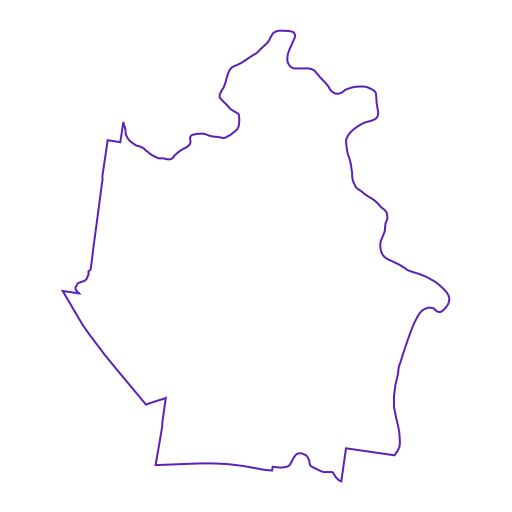 Maribyrnong, Victoria, Australia
{"feature_id": "25037944B56618295646151", "entity_name": "Maribyrnong", "entity_type": "district", "adm_level": 2, "iso_a3": "AUS", "parent_name": "Australia", "parent_adm1": "Victoria", "projection": "orthographic", "projection_center": [144.879, -37.791], "detail": "fine", "context": "isolated", "style": "outline", "palette": "violet", "viewbox_px": 512, "rotation_deg": 0, "n_neighbors": 0, "source": "geoboundaries", "source_scale": "gbopen_adm2", "svg_char_len": 5978}
<svg xmlns="http://www.w3.org/2000/svg" viewBox="0 0 512 512"><path d="M146.0,404.6L147.8,403.9L157.3,400.7L162.8,399.1L165.8,397.9L162.4,422.1L162.2,426.7L159.0,445.6L157.7,452.8L155.8,463.9L155.6,465.1L179.1,464.2L198.0,463.5L205.1,463.4L211.7,463.4L221.4,463.8L226.1,464.0L230.4,464.4L240.9,465.7L243.9,466.1L263.6,469.7L267.0,470.1L270.3,470.4L272.1,470.5L272.7,466.8L279.2,467.5L280.3,467.6L281.4,467.6L282.2,467.5L285.9,466.9L287.4,466.5L288.2,466.2L288.9,465.7L289.5,465.1L290.3,463.9L291.6,461.6L293.4,458.1L295.5,455.2L296.7,454.2L297.5,453.7L299.0,453.3L301.1,453.3L302.3,453.6L303.7,454.2L305.8,455.2L306.6,455.9L307.3,456.7L309.0,460.1L309.3,461.2L309.8,464.3L310.1,465.1L311.5,466.5L314.3,468.0L317.8,469.6L321.0,471.2L323.5,472.0L324.7,472.1L325.7,472.1L327.8,472.0L328.7,472.1L330.9,472.0L332.1,472.1L332.7,472.6L333.3,473.0L334.9,475.8L335.8,477.2L337.1,478.6L338.5,479.9L339.7,480.8L341.3,481.3L346.0,448.3L394.5,455.3L397.4,451.2L399.4,447.1L399.9,443.4L399.7,438.1L399.2,431.6L397.9,425.1L395.9,416.7L394.0,407.2L394.0,400.5L394.0,395.8L394.6,391.2L395.3,385.6L397.3,376.8L397.9,374.5L398.2,372.4L398.3,370.6L398.6,368.4L398.9,366.4L400.3,362.8L402.7,354.9L405.1,347.8L407.9,339.5L411.3,330.2L413.1,325.6L414.8,321.8L417.3,317.1L418.8,314.4L420.2,312.6L421.7,311.0L423.6,309.6L425.3,308.7L427.1,308.1L428.9,307.7L430.6,307.7L432.4,308.0L434.2,308.8L435.6,310.3L437.2,311.5L438.9,312.0L440.8,311.9L442.1,311.1L444.2,309.3L446.2,307.0L447.9,304.6L448.7,302.5L449.3,300.0L449.2,297.8L448.4,295.2L447.0,292.9L445.3,290.8L443.2,288.5L440.0,285.6L436.4,282.7L434.1,281.1L431.4,279.7L429.2,278.3L426.0,276.7L422.8,275.4L419.5,274.1L411.8,271.7L408.7,270.6L406.7,269.5L404.7,268.0L400.9,265.6L398.2,264.1L394.9,262.6L391.5,260.9L389.7,260.1L387.4,259.0L386.0,258.1L384.7,257.1L383.4,255.8L382.1,253.8L381.2,251.9L380.7,249.4L380.3,246.8L380.3,245.6L380.4,243.2L380.6,242.1L380.9,240.8L384.3,232.5L384.8,230.8L384.9,229.6L385.1,226.9L385.5,223.8L385.7,222.8L386.8,220.5L387.1,219.4L387.4,217.4L387.2,216.0L386.9,213.8L386.7,212.8L385.9,211.6L385.1,210.5L384.2,209.6L381.3,207.3L380.1,206.1L377.4,203.1L375.6,201.4L374.4,200.3L371.5,198.4L368.7,196.8L366.0,195.0L364.4,193.8L363.0,192.6L361.8,191.6L360.7,190.8L359.2,189.9L357.3,188.6L356.4,187.7L355.3,186.1L354.4,184.2L353.4,182.0L352.8,180.2L352.5,178.9L352.3,177.4L352.2,175.7L352.1,173.4L351.9,171.3L351.6,169.3L350.9,164.5L349.8,159.7L349.3,158.1L348.0,154.6L347.6,153.3L347.0,149.9L346.8,148.4L346.4,145.3L346.2,142.6L346.1,142.0L346.0,141.1L346.1,139.8L346.6,138.3L347.7,136.2L348.9,134.2L350.9,131.8L352.7,130.2L355.0,128.4L356.7,127.0L359.2,125.5L361.4,124.1L365.7,122.2L369.9,121.2L372.1,120.4L374.0,119.7L375.5,118.8L376.5,118.0L377.3,116.9L377.8,115.6L378.1,114.0L378.2,112.0L377.8,110.1L376.7,103.1L376.5,101.4L376.3,97.6L376.2,95.7L376.0,94.2L375.7,92.8L375.0,91.6L374.0,90.7L372.8,89.9L371.1,88.9L369.1,88.0L366.9,87.1L364.4,86.6L362.5,86.5L357.6,86.6L354.3,87.0L351.8,87.5L348.2,88.7L345.5,89.7L342.4,92.1L340.6,93.2L338.8,93.6L337.2,93.8L335.4,93.5L333.9,92.9L332.4,91.9L331.1,90.8L329.8,89.2L328.8,87.0L325.8,83.2L324.2,81.5L322.1,79.4L319.8,77.0L317.6,74.2L314.2,70.4L312.7,69.6L310.7,68.9L308.6,68.5L306.8,68.3L304.8,68.4L300.1,68.5L294.5,68.4L293.4,68.2L291.7,67.5L290.5,66.7L289.6,65.7L288.2,63.4L287.8,62.4L287.5,61.1L287.3,59.6L287.4,57.5L287.6,55.9L287.8,54.4L288.7,51.4L290.2,47.8L291.0,46.0L291.9,44.3L292.6,42.3L294.1,39.2L295.0,36.9L295.1,36.2L295.1,35.5L294.9,34.6L294.5,33.5L293.5,32.5L292.9,31.9L292.1,31.7L290.1,31.2L285.8,30.8L279.7,30.7L278.3,30.8L276.7,31.2L274.9,32.0L273.3,33.0L272.3,34.3L268.9,40.6L267.5,42.7L262.7,47.1L260.8,48.9L258.4,51.4L256.1,53.4L251.4,56.2L248.2,58.3L246.7,59.4L244.7,60.7L240.6,63.3L238.9,64.1L236.4,65.3L234.4,66.0L232.6,67.0L231.6,67.7L230.1,69.4L229.4,70.5L228.7,72.1L227.2,75.9L225.5,82.4L224.9,84.3L223.5,87.8L222.6,89.1L221.7,90.4L220.5,92.9L220.2,93.9L219.7,95.0L219.6,95.6L219.6,96.3L219.7,97.6L220.0,98.0L220.4,98.3L222.9,101.1L225.0,103.1L225.8,103.8L228.0,106.2L229.3,107.9L230.3,108.9L234.9,111.8L237.9,113.5L238.5,113.9L238.8,114.6L239.1,117.4L239.3,119.6L239.2,121.6L238.9,124.5L238.8,125.5L238.6,126.6L238.1,127.6L237.5,128.6L236.8,129.6L235.9,130.6L232.7,133.1L230.8,134.6L229.8,135.3L228.2,136.0L227.2,136.6L225.9,137.4L225.0,137.7L224.3,137.9L223.6,138.0L222.9,138.0L221.6,137.7L219.9,137.3L216.8,136.8L214.5,136.7L212.3,136.4L210.7,136.1L209.3,135.7L205.6,134.2L204.0,133.9L202.8,133.7L200.4,133.7L197.5,133.9L195.9,134.1L194.3,134.4L192.3,135.0L191.5,135.5L191.1,135.8L190.6,136.4L190.2,137.1L190.1,137.9L190.1,138.6L190.4,141.1L190.5,141.8L190.4,142.6L189.7,144.4L189.3,144.9L187.8,146.3L187.1,146.9L182.9,149.1L181.2,150.1L180.2,150.8L178.6,152.0L175.9,154.3L174.9,155.2L174.3,155.8L174.1,156.1L173.8,156.8L173.5,157.2L172.8,157.9L171.1,159.0L170.5,159.2L169.9,159.3L169.2,159.3L167.9,159.3L166.4,159.1L164.8,158.7L163.8,158.5L162.9,158.3L161.5,158.3L159.9,158.4L158.5,158.3L158.0,158.0L157.5,157.7L156.9,157.5L155.4,157.0L154.2,156.2L152.0,155.2L151.3,154.7L149.9,153.6L149.0,153.0L148.1,152.1L147.5,151.6L146.5,151.1L144.4,149.0L143.3,148.2L140.7,146.8L138.7,146.1L136.8,145.7L136.1,145.5L135.5,145.1L134.9,144.6L133.1,143.5L130.7,141.6L129.9,140.9L128.8,139.7L127.7,138.3L126.9,136.7L126.1,135.2L125.8,134.3L125.6,132.7L125.6,131.0L125.3,129.1L124.7,126.9L124.1,125.4L123.5,122.9L123.4,121.9L120.3,142.2L107.6,140.2L107.2,143.5L102.3,176.8L102.6,179.0L102.0,183.1L96.5,224.7L93.4,247.4L92.0,259.6L90.6,269.6L88.5,271.4L88.3,272.2L88.5,272.9L88.7,273.2L88.6,273.9L88.5,274.6L88.2,275.0L88.0,275.7L87.9,276.0L87.7,276.5L87.5,277.0L87.3,277.5L86.8,278.5L86.5,279.0L86.2,279.4L85.8,279.8L85.4,280.1L85.0,280.5L84.2,280.9L83.7,281.2L82.5,281.4L81.6,281.9L81.1,282.1L80.0,282.5L79.4,282.5L77.7,283.4L76.2,286.3L75.6,287.3L75.5,288.7L75.6,289.3L75.9,289.8L76.8,291.0L77.4,291.9L78.6,292.9L78.9,293.0L79.2,293.4L62.7,291.0L83.0,325.5L89.7,334.9L104.8,354.9L117.4,370.3L146.0,404.6Z" fill="none" stroke="#5b21b6" stroke-width="2"/></svg>